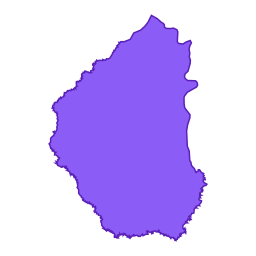 Huai Phueng, Kalasin, Thailand (orthographic projection)
{"feature_id": "78962969B68960900903795", "entity_name": "Huai Phueng", "entity_type": "district", "adm_level": 2, "iso_a3": "THA", "parent_name": "Thailand", "parent_adm1": "Kalasin", "projection": "orthographic", "projection_center": [103.862, 16.683], "detail": "fine", "context": "isolated", "style": "filled", "palette": "violet", "viewbox_px": 256, "rotation_deg": 0, "n_neighbors": 0, "source": "geoboundaries", "source_scale": "gbopen_adm2", "svg_char_len": 5784}
<svg xmlns="http://www.w3.org/2000/svg" viewBox="0 0 256 256"><path d="M190.2,40.5L186.1,42.0L183.0,44.0L178.4,43.4L177.3,41.6L177.8,31.8L176.9,29.7L173.4,28.1L170.1,28.6L165.9,28.3L164.6,27.2L164.2,24.6L163.3,23.4L161.4,22.4L157.3,18.7L151.4,15.4L148.0,22.3L144.9,26.2L140.7,30.1L133.8,33.0L130.2,39.4L124.2,41.7L120.8,41.7L120.2,42.6L118.9,42.4L119.3,43.7L116.8,45.9L117.8,46.9L116.0,47.9L114.7,50.7L113.8,50.5L113.7,51.8L112.6,52.7L112.7,53.4L110.0,57.9L108.2,59.0L106.6,58.7L105.3,60.3L103.1,59.6L103.4,60.2L103.0,60.5L99.2,60.3L97.3,61.0L96.7,60.2L96.0,61.5L95.3,61.6L95.7,63.7L95.1,64.1L95.1,63.4L93.5,63.2L92.7,64.1L92.7,64.9L93.4,64.6L93.8,65.8L93.0,68.3L94.2,69.0L93.5,70.1L92.9,69.5L92.9,70.1L90.7,70.8L90.4,72.3L91.0,72.6L89.5,72.9L88.2,72.0L86.1,71.8L85.7,71.1L84.7,71.2L84.3,72.7L83.2,72.3L82.7,73.5L81.8,73.9L81.6,75.5L82.5,76.4L81.7,76.8L81.8,77.8L81.2,78.1L82.2,78.7L81.3,79.0L81.4,79.7L80.1,81.1L79.7,80.6L78.8,81.6L78.2,81.4L78.2,82.0L76.9,81.5L76.3,81.9L76.4,85.5L77.2,86.1L75.5,87.2L75.6,88.3L75.0,87.6L73.8,88.6L73.9,89.5L73.3,89.2L72.1,89.9L71.3,89.3L70.7,90.7L69.2,90.3L68.1,91.1L67.6,90.7L66.2,92.6L64.5,92.6L64.8,93.4L64.0,94.2L64.4,95.7L63.6,96.0L63.6,96.7L61.6,97.4L61.4,98.2L60.5,97.3L59.6,99.0L59.1,98.6L58.0,101.0L57.6,100.7L57.2,102.4L55.2,102.3L54.1,103.3L54.6,103.9L53.9,105.0L53.2,105.0L52.9,105.6L52.3,108.0L53.4,107.7L53.1,108.3L53.9,108.6L53.2,110.5L54.2,110.6L55.3,112.4L56.9,112.3L56.6,113.8L57.5,113.9L57.0,115.6L57.8,117.7L57.1,118.8L58.1,120.2L56.8,123.2L57.6,124.7L56.8,127.1L57.1,129.0L55.7,131.9L54.7,132.2L54.3,131.3L53.2,131.9L54.9,133.4L54.1,134.1L53.7,135.8L52.6,136.1L50.7,138.2L50.6,142.1L49.1,143.9L49.9,144.9L50.7,148.3L51.3,148.1L51.9,149.6L52.6,149.4L52.4,151.0L53.3,151.1L53.8,150.5L54.3,152.0L55.9,152.3L54.8,153.2L54.6,154.9L55.5,154.6L58.0,156.6L58.2,157.5L59.5,157.8L59.0,159.1L57.7,159.7L57.9,160.9L57.3,161.7L56.1,161.4L57.2,163.3L55.8,163.3L57.3,164.2L57.7,165.4L60.6,166.5L61.2,167.3L62.1,167.2L62.7,166.2L64.6,167.0L64.6,166.5L65.6,166.4L64.7,167.6L65.5,168.2L66.3,167.5L66.4,168.4L67.6,168.5L67.3,169.3L67.9,169.9L66.8,170.3L69.6,171.7L70.3,174.3L70.5,173.5L71.3,173.7L71.9,174.9L72.8,174.1L73.7,176.2L73.9,175.3L74.4,175.4L74.6,176.3L73.6,177.0L74.5,176.9L74.0,177.9L75.0,176.9L75.9,177.2L75.3,177.9L75.6,178.8L76.5,179.7L76.0,179.7L76.4,180.4L77.2,180.1L76.8,182.0L78.0,182.9L77.3,183.6L77.9,185.9L77.1,187.5L78.6,189.4L78.7,193.3L80.5,195.8L81.3,196.0L81.5,197.5L83.2,198.3L83.6,199.3L82.6,199.7L82.8,200.2L85.1,201.7L85.4,201.2L86.3,202.5L87.0,202.1L87.8,203.1L88.1,202.4L89.2,203.4L89.6,202.6L90.1,203.8L90.9,203.6L91.2,204.5L92.0,204.4L92.7,206.6L93.2,205.9L93.2,206.7L93.7,206.4L94.5,207.2L95.4,206.6L95.8,208.6L95.6,209.0L95.1,208.6L95.0,210.6L94.3,211.0L94.8,211.4L94.2,211.4L94.8,212.4L96.1,211.5L95.7,212.0L96.6,212.3L96.6,213.8L98.3,214.0L98.4,215.1L100.9,216.0L101.2,216.7L100.6,217.4L101.5,217.8L100.8,218.6L102.5,219.2L101.8,220.5L100.9,220.7L100.8,221.8L101.4,222.3L101.8,225.5L103.4,227.3L102.9,228.1L104.2,228.1L104.2,229.3L105.3,229.5L105.7,230.3L106.9,230.0L106.8,230.8L107.5,230.4L107.1,229.7L108.3,230.1L108.1,229.3L109.1,229.5L108.9,230.7L110.3,230.6L110.0,231.6L111.3,232.2L111.3,231.2L111.9,231.3L111.9,232.5L112.5,232.9L112.9,232.4L113.3,233.4L114.3,233.5L114.9,235.1L114.4,235.8L115.3,236.2L114.4,237.1L114.7,237.4L115.6,237.1L116.9,237.9L117.3,236.4L117.8,237.6L118.4,237.8L117.7,235.6L118.2,234.9L119.0,235.5L119.0,234.8L119.8,234.7L119.8,233.6L120.6,234.8L121.2,234.2L121.9,234.7L122.6,234.3L123.3,234.6L123.3,235.2L123.8,234.6L122.9,234.0L123.1,233.4L124.6,233.6L124.6,234.3L125.7,234.4L125.5,235.2L127.2,235.7L127.1,237.0L128.9,237.2L128.6,236.5L129.2,236.0L129.1,237.7L130.0,238.3L130.6,237.1L130.2,236.4L131.2,237.0L132.2,235.7L132.9,236.0L133.5,235.0L133.0,234.4L134.3,235.0L134.4,235.9L136.7,235.3L137.9,235.5L138.1,236.3L140.2,236.4L142.5,234.1L143.0,235.7L145.9,234.3L148.0,234.2L147.7,232.6L147.0,232.4L146.7,231.5L147.2,230.7L150.0,232.5L151.6,231.7L151.8,233.7L153.1,233.2L153.0,232.1L152.2,232.1L152.2,231.7L155.4,230.9L155.9,231.8L157.1,231.9L158.6,230.2L159.1,230.6L158.6,232.1L160.3,232.5L160.4,233.9L161.1,233.8L161.2,233.2L163.1,234.3L164.1,233.5L163.5,234.7L164.0,235.7L164.7,235.5L164.6,234.7L165.9,234.4L166.4,235.8L167.4,236.1L168.0,235.5L168.2,236.3L169.5,236.7L170.9,238.5L171.4,237.5L173.3,237.4L173.5,238.5L174.8,238.6L174.8,240.2L176.0,240.6L176.0,239.6L177.3,239.3L177.9,237.3L178.9,237.6L179.6,236.1L180.5,236.2L179.7,234.8L180.0,233.9L181.3,234.6L181.1,233.4L183.7,232.9L184.4,231.8L185.7,233.1L185.8,231.5L185.2,230.9L185.6,229.3L184.4,229.3L184.6,228.3L183.5,229.0L182.8,227.6L182.9,225.4L185.6,222.9L187.4,222.8L185.8,221.6L187.2,221.0L188.0,218.8L189.3,220.2L189.6,219.1L190.6,219.8L191.2,219.5L188.8,216.5L189.9,215.7L190.7,216.4L190.6,215.4L191.5,214.4L191.6,213.4L193.8,213.1L194.3,208.8L195.6,207.8L196.8,207.9L195.7,207.0L196.1,206.5L197.9,205.5L199.6,205.7L199.1,205.0L201.4,201.9L201.5,200.8L199.3,200.0L198.9,199.1L199.4,197.7L200.6,197.8L199.7,195.9L201.3,195.3L199.7,194.8L199.7,194.0L200.4,193.7L200.0,192.5L201.7,191.9L201.6,190.5L202.5,191.4L202.9,190.5L202.5,189.1L201.1,188.6L204.3,185.6L205.9,185.5L206.9,184.2L204.1,182.6L203.2,181.4L203.4,179.3L205.7,180.0L204.4,178.8L205.0,178.0L203.2,176.9L204.1,175.6L203.2,174.9L203.7,173.5L201.6,172.7L199.6,169.8L198.5,169.7L198.8,170.7L197.2,171.3L196.4,172.4L195.8,172.3L194.5,168.8L191.6,165.6L190.7,161.7L189.8,160.7L189.2,151.0L187.3,146.2L186.6,131.0L187.6,124.8L189.9,117.7L190.0,114.7L184.7,107.8L184.1,103.8L184.0,97.6L184.5,96.0L187.4,92.2L196.6,87.0L197.6,85.0L197.1,82.4L195.6,80.8L187.5,80.5L185.1,78.5L184.5,76.5L185.2,73.8L188.0,71.2L190.2,63.3L190.4,60.0L189.3,57.1L189.8,53.2L189.1,49.3L189.6,46.5L191.4,42.8L190.2,40.5Z" fill="#8b5cf6" stroke="#5b21b6" stroke-width="1.5"/></svg>